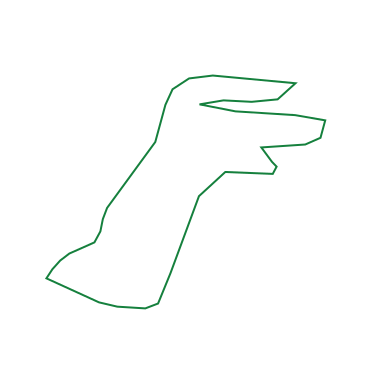 SVG path tracing the border of Middle Caicos, rotated 298°
{"feature_id": "TCA-5003", "entity_name": "Middle Caicos", "entity_type": "state/province", "adm_level": 1, "iso_a3": "TCA", "parent_name": "Turks and Caicos Islands", "parent_adm1": "", "projection": "natural_earth1", "projection_center": [-71.735, 21.8], "detail": "fine", "context": "isolated", "style": "outline", "palette": "green", "viewbox_px": 384, "rotation_deg": 298, "n_neighbors": 0, "source": "natural_earth", "source_scale": "10m", "svg_char_len": 578}
<svg xmlns="http://www.w3.org/2000/svg" viewBox="0 0 384 384"><g transform="rotate(298 192 192)"><path d="M110.3,211.1L77.6,214.4L67.3,205.4L55.7,179.9L50.9,161.7L47.4,104.0L58.3,105.0L69.6,107.8L80.1,112.6L101.7,129.5L114.2,129.6L126.2,126.0L138.1,124.5L218.9,136.1L256.5,127.6L273.6,126.6L290.9,136.1L304.6,155.7L336.6,232.3L314.0,224.1L299.6,202.3L287.7,176.8L272.9,157.5L283.6,192.5L308.3,247.0L317.8,276.0L300.2,280.0L287.1,269.7L263.9,232.3L256.2,248.4L254.1,254.8L245.9,254.8L225.3,212.0L191.6,200.1L110.3,211.1Z" fill="none" stroke="#15803d" stroke-width="2"/></g></svg>